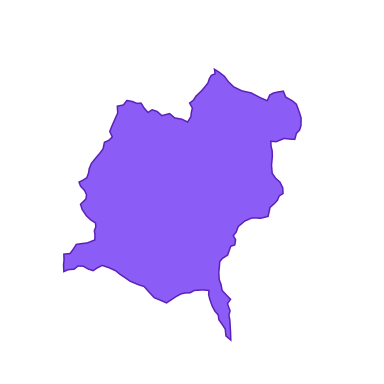 Votorantim, São Paulo, Brazil (Equal Earth projection), rotated 300°
{"feature_id": "56859067B56260207434009", "entity_name": "Votorantim", "entity_type": "district", "adm_level": 2, "iso_a3": "BRA", "parent_name": "Brazil", "parent_adm1": "São Paulo", "projection": "equal_earth", "projection_center": [-47.411, -23.585], "detail": "fine", "context": "isolated", "style": "filled", "palette": "violet", "viewbox_px": 384, "rotation_deg": 300, "n_neighbors": 0, "source": "geoboundaries", "source_scale": "gbopen_adm2", "svg_char_len": 2162}
<svg xmlns="http://www.w3.org/2000/svg" viewBox="0 0 384 384"><g transform="rotate(300 192 192)"><path d="M309.5,150.1L305.9,152.9L302.6,150.4L298.6,150.4L294.4,151.3L290.7,150.8L284.1,149.6L277.0,147.5L272.2,147.3L267.8,145.5L264.9,150.3L259.9,151.9L256.7,153.4L250.4,153.2L250.0,146.8L247.5,140.0L248.7,133.4L243.1,127.7L244.3,121.4L243.3,116.4L238.9,114.1L240.8,108.5L243.5,103.4L241.2,100.0L240.6,95.2L238.7,89.8L233.0,89.0L229.0,84.4L223.2,88.2L216.9,88.8L208.1,89.8L203.3,90.5L199.8,95.4L195.1,94.1L191.3,91.3L184.9,93.4L179.4,92.8L174.3,91.8L166.6,90.6L160.8,91.3L157.2,92.8L151.8,93.8L147.4,91.5L144.1,89.2L141.3,92.6L139.6,98.3L136.8,102.1L132.9,103.6L125.6,101.6L121.9,105.7L118.6,112.4L117.2,118.2L116.9,123.9L113.6,126.2L109.8,126.7L106.5,129.3L101.9,131.8L95.5,126.7L91.5,121.4L88.8,118.0L83.7,117.8L77.8,117.2L74.1,112.1L69.1,115.2L64.6,117.2L59.0,120.8L62.8,123.6L66.2,128.5L70.9,130.3L73.4,134.9L73.4,140.8L74.4,145.7L78.7,147.8L83.5,150.9L84.9,157.8L85.6,165.5L84.7,171.1L84.3,177.5L83.8,182.9L84.9,191.7L86.2,197.8L83.9,204.7L81.6,212.1L82.6,219.8L83.2,225.4L89.1,228.3L93.5,230.5L98.2,233.4L101.1,236.5L103.8,240.8L107.9,243.2L112.6,250.3L115.2,255.9L111.5,257.7L108.2,260.8L103.5,266.3L100.3,271.3L98.6,276.2L94.8,279.1L92.4,284.4L89.9,289.3L84.3,293.4L83.2,299.6L89.5,295.7L95.6,291.7L100.3,288.6L103.8,285.5L108.1,284.4L113.0,278.6L118.4,279.0L119.7,274.2L121.8,267.3L126.2,263.6L129.8,259.3L135.6,255.5L140.7,253.2L145.4,250.9L149.3,251.4L155.3,254.4L160.4,253.4L164.3,252.7L167.6,255.5L172.5,253.6L174.8,249.6L179.4,250.3L185.2,249.3L193.0,252.1L199.1,256.5L201.4,260.1L203.5,264.5L208.9,270.1L217.7,267.3L223.2,269.1L227.6,270.1L232.3,269.5L236.2,271.6L241.0,268.5L244.6,263.1L245.6,257.8L248.3,252.1L254.9,247.5L263.2,243.7L267.8,240.8L270.9,237.8L275.3,234.9L277.7,239.8L284.4,245.0L286.7,250.1L289.0,254.7L295.0,253.1L299.4,254.2L303.9,253.2L310.6,249.5L313.9,246.0L317.2,242.1L320.2,238.5L321.1,233.7L321.1,225.7L325.0,220.6L321.2,216.0L318.3,212.9L314.8,210.8L308.7,211.5L307.8,204.2L307.4,193.7L304.5,184.5L303.9,175.5L305.7,168.3L308.4,162.2L309.3,155.7L309.5,150.1Z" fill="#8b5cf6" stroke="#5b21b6" stroke-width="1.5"/></g></svg>